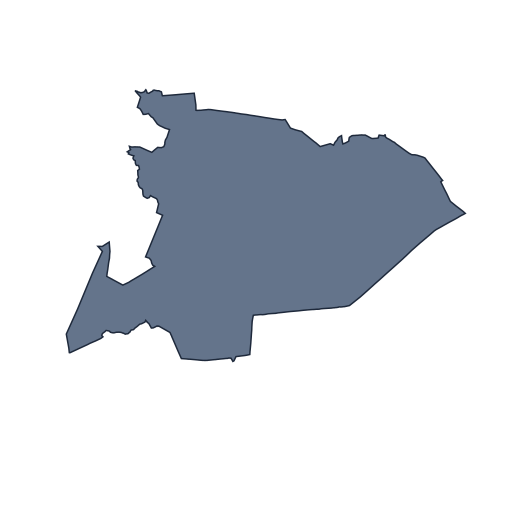 Naivasha, Rift Valley, Kenya, rotated 293°
{"feature_id": "3690345B62093807224644", "entity_name": "Naivasha", "entity_type": "district", "adm_level": 2, "iso_a3": "KEN", "parent_name": "Kenya", "parent_adm1": "Rift Valley", "projection": "mercator", "projection_center": [36.4, -0.881], "detail": "fine", "context": "isolated", "style": "filled", "palette": "slate", "viewbox_px": 512, "rotation_deg": 293, "n_neighbors": 0, "source": "geoboundaries", "source_scale": "gbopen_adm2", "svg_char_len": 6109}
<svg xmlns="http://www.w3.org/2000/svg" viewBox="0 0 512 512"><g transform="rotate(293 256 256)"><path d="M94.1,121.9L94.2,122.5L99.3,127.1L102.2,129.7L104.4,131.7L108.7,135.6L110.9,137.4L112.0,138.5L113.7,140.1L114.9,141.3L119.4,145.3L121.8,146.7L122.5,145.1L124.3,144.9L125.7,145.5L127.1,146.4L128.9,147.1L129.3,148.9L129.5,149.6L129.5,150.5L129.3,151.2L128.9,151.7L129.1,153.0L129.2,153.7L129.5,154.5L129.7,155.2L131.2,157.2L132.4,159.7L132.6,160.4L132.7,161.0L133.0,161.4L133.0,162.1L133.0,163.6L133.2,164.1L133.1,164.8L133.0,165.6L133.0,166.3L133.6,166.9L133.8,167.5L134.2,168.1L134.7,168.7L135.2,169.0L135.9,169.0L136.6,169.5L137.0,169.8L137.6,169.7L138.1,169.8L138.8,169.9L139.6,170.7L139.9,171.5L140.5,172.1L142.3,172.7L144.7,174.1L147.8,175.6L148.9,177.1L150.2,178.2L151.8,179.6L153.7,179.6L153.1,180.8L153.0,181.3L152.5,181.6L152.0,183.7L150.3,185.9L148.8,187.8L149.6,189.4L151.0,190.7L153.0,192.3L152.9,193.2L153.5,193.8L152.0,206.7L151.0,207.8L150.3,208.5L149.5,209.5L148.9,210.0L144.8,214.3L137.8,221.6L132.4,227.4L133.9,231.7L134.8,234.6L135.1,235.3L137.4,242.4L138.0,244.4L139.1,247.8L139.3,248.3L140.1,250.2L140.3,250.7L141.0,252.2L141.4,252.8L142.2,254.3L143.7,257.0L144.5,258.5L145.0,259.5L145.7,260.6L146.3,261.8L146.8,262.6L149.0,266.7L149.8,268.1L150.4,269.3L150.6,269.8L151.6,271.0L151.8,272.0L152.2,272.8L151.0,274.5L149.9,275.9L150.9,276.7L153.8,276.8L155.6,276.9L156.8,279.0L158.1,281.2L160.1,284.7L161.4,286.7L162.9,288.8L165.7,287.8L168.6,286.9L170.8,286.2L173.3,285.4L180.3,283.0L182.0,282.4L186.2,281.0L189.0,279.9L194.1,278.1L197.0,277.4L200.4,276.7L201.4,278.4L202.3,280.2L203.3,282.0L204.0,283.4L204.5,284.9L205.7,287.1L207.5,289.7L209.4,293.4L210.8,296.3L212.3,298.6L214.4,302.4L217.2,307.3L218.3,309.3L222.0,316.3L224.6,320.9L225.5,322.6L226.9,325.2L228.5,328.3L229.5,330.4L230.6,332.4L231.6,334.7L232.9,336.6L234.2,339.1L237.5,345.7L238.7,347.7L239.0,348.4L239.5,349.2L240.1,350.4L240.8,351.5L241.2,352.0L241.7,352.4L241.9,353.3L242.7,355.0L243.3,355.9L244.0,357.3L245.1,358.9L246.9,361.4L259.1,368.0L270.1,373.2L276.6,376.2L282.4,379.0L287.0,381.1L304.2,389.2L311.1,392.4L312.8,393.1L314.0,393.7L322.0,397.1L326.2,399.1L331.6,401.7L344.1,408.0L348.8,410.3L349.4,410.7L350.2,411.2L350.7,411.5L354.9,414.8L356.9,416.3L362.6,420.7L365.2,422.8L367.8,424.9L370.3,426.8L371.9,427.9L374.1,429.6L374.7,430.2L377.0,432.0L378.0,429.1L380.2,420.6L382.1,414.0L382.4,413.4L382.8,412.9L384.3,411.2L387.8,407.3L390.6,403.9L393.7,400.3L396.5,397.1L397.8,397.8L398.4,398.3L399.5,396.2L400.8,394.0L403.8,388.6L405.4,385.6L409.2,378.7L410.8,375.7L412.2,373.3L412.3,371.3L411.8,365.8L411.7,364.8L411.5,364.0L411.2,362.6L411.0,362.2L410.5,360.9L410.3,360.3L410.1,359.6L410.4,356.7L411.2,353.0L413.3,344.0L413.8,341.6L414.4,339.8L414.7,339.2L414.7,338.6L414.7,337.3L414.8,336.8L415.4,333.4L415.5,332.4L415.5,331.9L415.7,330.1L416.1,328.9L416.5,328.5L417.1,328.2L417.9,327.7L417.6,327.1L416.8,327.2L415.4,322.1L414.0,322.1L413.3,322.3L412.5,322.4L411.9,321.7L411.6,321.1L411.3,320.6L410.4,318.8L410.0,318.1L409.7,317.5L409.4,316.4L409.6,314.1L409.9,311.2L410.0,309.2L409.6,308.4L409.3,307.7L409.0,306.8L408.6,305.7L408.4,305.3L408.1,304.8L407.7,303.9L406.8,302.4L406.6,301.8L405.6,299.9L405.0,298.6L404.6,297.9L404.2,297.3L403.5,296.8L401.7,295.6L400.9,295.7L400.4,295.8L397.9,296.5L394.9,294.1L393.1,292.2L394.9,290.8L395.6,290.4L398.4,288.7L400.2,287.7L398.5,286.3L398.1,286.0L397.4,285.7L396.5,285.3L395.8,285.3L395.3,285.4L394.6,285.3L393.4,284.9L392.2,284.5L391.5,284.3L388.3,284.1L388.4,280.5L381.8,272.3L383.6,266.7L383.9,265.2L386.7,255.4L387.5,252.4L388.5,249.4L388.2,247.7L387.5,242.7L387.2,237.7L388.7,235.6L391.7,231.4L393.0,229.5L392.1,228.0L391.7,227.4L391.4,226.8L390.2,222.7L389.2,219.1L387.8,213.4L387.1,210.8L385.6,204.5L385.1,202.5L384.8,201.4L384.5,200.0L383.4,196.0L382.6,192.3L382.4,191.6L381.6,188.9L381.4,188.2L380.9,186.5L380.5,184.6L379.6,181.2L379.5,180.4L379.3,179.8L378.8,177.8L378.4,176.4L378.2,175.7L378.0,175.0L377.2,172.0L377.0,171.3L376.5,169.7L374.5,162.6L373.3,158.0L373.1,157.2L372.8,156.4L372.5,155.7L372.3,155.0L372.1,154.6L371.2,153.1L369.8,150.4L368.8,148.7L366.8,144.4L366.7,143.8L371.6,141.6L381.7,135.5L378.4,129.2L374.5,121.8L373.1,119.2L366.9,107.2L370.1,104.8L370.2,104.3L370.1,103.6L370.1,103.0L370.2,102.5L370.1,101.8L369.5,100.5L369.2,99.0L369.0,98.2L369.0,97.6L368.6,96.9L368.2,96.5L367.3,96.5L366.8,96.0L366.2,95.4L365.7,95.1L365.2,94.7L364.6,94.3L363.9,93.8L363.7,93.1L363.7,92.5L363.6,91.9L364.4,91.4L364.9,90.8L365.5,90.4L366.0,89.6L365.4,89.4L364.7,89.3L363.9,89.1L363.3,88.8L362.2,87.7L361.9,87.1L361.5,86.6L361.2,86.2L361.1,85.7L361.3,85.1L361.1,84.4L360.9,83.8L361.1,83.0L361.2,82.3L361.1,81.6L360.9,81.0L361.0,80.0L359.7,82.4L357.9,86.3L357.5,87.1L357.1,87.7L353.2,88.1L346.5,88.7L346.3,91.5L345.0,93.6L343.4,95.6L342.3,96.8L342.9,98.2L343.2,98.8L343.6,99.4L345.1,101.3L343.2,105.2L343.0,107.0L339.0,113.5L338.6,115.0L338.3,116.7L338.3,118.4L338.1,122.5L338.3,124.2L338.6,127.0L330.4,127.7L327.4,127.3L325.0,127.7L323.6,128.3L322.1,128.4L320.6,128.4L318.8,126.6L318.0,124.5L317.6,123.1L314.4,121.4L310.7,119.6L310.7,115.0L310.9,106.5L309.1,101.8L307.7,99.0L307.5,96.6L305.8,97.9L304.9,99.0L303.3,97.9L301.6,96.8L301.5,98.5L300.1,98.6L300.1,100.4L300.2,102.5L300.5,104.4L298.0,104.5L296.8,105.8L296.6,107.6L295.3,108.2L293.9,109.0L292.7,110.5L293.4,112.5L292.1,113.7L290.3,114.8L288.5,113.7L286.3,114.8L284.5,115.6L283.1,116.7L282.4,117.1L281.8,117.1L280.7,116.8L280.0,116.8L278.5,117.2L277.7,118.8L275.6,119.9L274.3,121.3L273.5,122.8L273.4,124.7L272.3,126.0L270.7,126.8L268.7,127.8L267.2,129.0L266.8,131.1L266.6,133.3L268.1,134.9L270.4,135.3L270.1,137.4L270.0,140.1L269.9,142.0L269.0,143.4L267.4,144.5L266.0,146.0L257.1,147.5L257.0,154.1L244.5,154.3L212.0,154.7L212.1,156.3L212.3,158.6L210.9,161.2L208.8,162.7L207.2,164.5L206.9,166.8L194.9,158.5L184.2,150.6L182.2,149.3L177.2,144.8L178.9,126.6L181.9,125.7L185.3,124.9L192.1,123.0L196.7,122.0L200.2,120.7L203.1,119.8L211.5,115.4L204.8,110.8L203.1,106.7L200.2,112.8L176.4,112.2L137.4,112.5L110.0,111.9L97.9,119.8L94.1,121.9Z" fill="#64748b" stroke="#1e293b" stroke-width="1.5"/></g></svg>